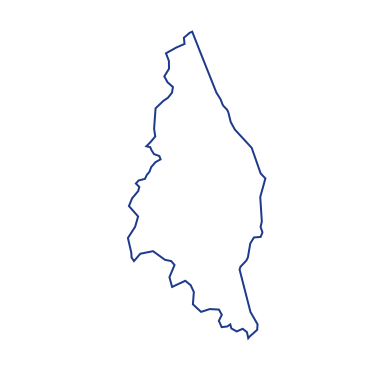 the border of Silistra, rotated 76°
{"feature_id": "BGR-2261", "entity_name": "Silistra", "entity_type": "Province", "adm_level": 1, "iso_a3": "BGR", "parent_name": "Bulgaria", "parent_adm1": "", "projection": "natural_earth1", "projection_center": [27.051, 43.921], "detail": "fine", "context": "isolated", "style": "outline", "palette": "blue", "viewbox_px": 384, "rotation_deg": 76, "n_neighbors": 0, "source": "natural_earth", "source_scale": "10m", "svg_char_len": 1278}
<svg xmlns="http://www.w3.org/2000/svg" viewBox="0 0 384 384"><g transform="rotate(76 192 192)"><path d="M196.6,117.5L213.4,127.0L237.6,131.4L242.5,133.9L248.1,133.4L248.5,133.6L252.2,136.3L251.1,142.9L256.0,147.9L269.0,153.6L271.7,155.9L276.2,163.0L278.7,164.6L322.6,164.3L336.2,160.4L341.5,162.1L346.1,170.9L347.5,172.8L341.3,172.6L337.0,175.9L338.1,182.4L333.9,186.8L329.7,186.9L331.0,190.3L330.3,195.9L323.5,197.1L318.4,192.8L312.6,194.3L309.9,203.1L310.5,212.2L301.2,218.3L289.5,214.4L282.2,215.8L276.5,220.0L279.3,234.3L269.2,234.5L258.6,226.6L254.0,228.9L251.2,234.7L240.0,244.1L239.4,257.1L245.0,265.0L240.9,266.5L236.4,265.6L221.1,265.3L212.0,255.6L202.7,250.2L190.4,256.6L183.6,251.6L178.1,244.0L174.4,241.9L170.2,244.4L167.9,241.0L167.9,234.5L164.5,231.7L162.1,228.4L157.9,225.5L154.2,220.2L152.7,214.6L149.2,215.0L146.0,219.7L141.9,221.1L138.4,221.7L136.6,225.2L133.3,219.8L129.2,214.2L121.5,213.5L102.0,207.1L96.6,197.6L94.8,192.6L90.8,187.4L85.5,185.1L79.6,189.2L73.1,190.9L66.9,184.5L59.2,182.7L51.1,183.7L48.0,172.2L46.5,163.4L40.4,162.6L37.0,155.8L36.5,153.0L55.7,150.5L101.4,144.3L109.1,141.8L113.8,141.3L115.9,140.8L120.5,138.1L123.2,137.5L133.5,137.5L141.8,135.3L163.6,123.4L190.6,120.9L196.6,117.5Z" fill="none" stroke="#1e3a8a" stroke-width="2"/></g></svg>